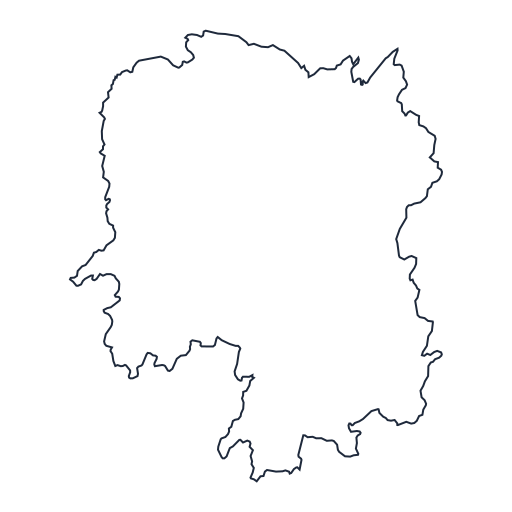 outline of Hunan
{"feature_id": "CHN-1808", "entity_name": "Hunan", "entity_type": "Province", "adm_level": 1, "iso_a3": "CHN", "parent_name": "China", "parent_adm1": "", "projection": "natural_earth1", "projection_center": [111.592, 27.371], "detail": "fine", "context": "isolated", "style": "outline", "palette": "slate", "viewbox_px": 512, "rotation_deg": 0, "n_neighbors": 0, "source": "natural_earth", "source_scale": "10m", "svg_char_len": 5989}
<svg xmlns="http://www.w3.org/2000/svg" viewBox="0 0 512 512"><path d="M102.2,166.0L104.7,155.8L100.7,153.4L99.8,152.1L103.0,149.2L103.0,146.3L104.5,144.5L102.1,139.2L101.8,131.1L103.7,120.9L104.9,118.9L104.2,117.4L99.6,112.8L101.6,111.8L102.2,110.5L103.1,106.2L103.1,102.6L108.6,97.5L108.0,92.2L111.6,88.8L111.4,85.3L112.9,84.0L113.6,80.2L114.7,79.8L115.4,76.8L116.6,77.6L117.4,74.7L120.2,74.6L122.0,72.1L125.6,70.6L127.2,70.3L130.3,72.3L132.3,71.8L133.3,67.3L136.6,62.7L139.0,60.7L160.8,56.6L167.9,59.5L173.1,65.3L178.3,67.7L179.3,67.5L182.2,65.0L182.8,61.8L184.1,61.4L186.5,62.6L187.8,62.4L192.3,59.6L193.9,57.7L193.2,55.0L190.8,52.2L187.8,50.2L185.9,46.6L186.2,42.3L188.2,40.1L187.6,38.9L185.3,37.7L187.9,35.0L191.8,34.3L197.0,35.0L201.2,36.8L203.1,35.5L203.7,31.6L205.7,30.7L217.9,33.6L225.2,34.0L238.4,36.2L246.4,42.2L248.6,45.1L253.9,43.8L261.4,46.7L268.0,47.2L272.9,45.1L279.8,49.5L284.4,50.7L298.1,63.0L301.3,68.1L304.1,65.8L305.4,69.8L308.4,72.3L308.7,77.1L314.2,74.2L320.2,68.3L323.3,68.2L327.3,69.4L334.7,69.2L336.0,68.0L336.8,65.6L340.6,64.4L343.0,60.6L349.7,56.0L351.5,58.3L352.0,61.7L353.2,64.2L358.3,57.6L358.9,59.7L357.9,63.1L353.1,67.0L351.6,69.0L351.3,71.8L353.2,81.8L354.4,82.1L358.1,78.7L359.8,78.6L360.6,79.5L361.0,84.5L362.1,84.9L362.7,84.5L362.7,81.5L363.3,80.6L365.6,83.1L367.4,82.5L370.2,77.5L385.7,58.3L387.8,57.0L392.7,51.9L397.5,48.8L397.6,50.4L394.3,58.7L393.7,64.2L394.7,65.1L399.7,64.6L401.6,65.6L403.8,71.7L403.3,77.6L405.9,81.2L407.1,84.6L405.5,88.1L402.0,89.8L399.0,94.3L397.6,97.2L397.1,100.5L397.5,101.3L401.2,103.1L401.8,104.4L402.2,111.2L404.5,113.5L405.4,115.5L406.1,115.4L407.8,112.6L410.2,111.1L416.2,114.9L419.1,116.0L418.7,122.3L419.3,125.1L423.4,126.4L426.0,128.2L428.4,132.0L434.7,135.8L435.6,138.9L434.3,145.0L433.6,153.2L429.8,157.4L434.3,161.4L438.0,162.1L437.7,167.7L441.1,169.7L442.0,171.9L441.6,174.5L439.2,179.2L436.9,181.3L432.4,182.8L431.0,186.8L427.8,189.3L426.9,196.2L425.4,198.1L420.5,202.3L414.2,203.6L411.1,205.2L408.7,205.3L407.0,207.0L406.2,209.2L406.4,217.7L399.8,228.9L396.2,239.1L397.4,243.1L399.0,255.6L399.7,257.2L404.3,259.5L409.1,256.7L411.6,256.0L416.3,258.1L416.1,264.0L414.5,267.8L409.9,274.5L409.7,278.6L410.4,280.3L412.6,279.6L413.7,282.8L416.0,285.5L417.3,288.5L419.4,289.9L417.6,297.6L415.2,300.9L417.6,315.1L419.7,317.1L424.6,318.1L428.0,320.9L432.7,321.5L432.9,322.3L431.9,331.0L428.3,336.3L426.9,345.8L422.9,351.9L421.9,355.2L424.3,355.8L427.1,353.7L430.3,355.0L434.2,352.0L437.2,350.9L441.1,352.4L441.8,354.3L441.3,355.7L439.1,357.7L435.1,359.2L433.0,361.8L430.8,362.5L428.4,366.1L428.1,376.1L424.9,381.3L423.2,386.0L420.5,390.7L421.6,397.3L424.6,400.2L426.1,403.8L425.8,405.3L423.3,409.6L422.4,414.8L419.1,416.0L416.8,420.8L414.3,423.0L411.2,423.6L406.3,421.8L397.8,425.1L397.3,425.0L397.3,423.4L394.6,420.0L391.0,420.7L387.6,420.1L385.8,418.0L383.2,416.7L379.4,412.9L378.6,409.3L378.0,409.1L371.4,411.1L363.0,419.0L359.3,421.3L354.8,423.0L352.7,425.2L351.6,425.2L350.5,423.6L349.3,423.5L348.5,425.3L349.0,428.3L351.0,431.8L356.9,431.0L359.7,431.5L360.6,432.8L360.1,434.1L357.7,435.5L356.4,437.6L356.9,443.1L355.9,448.6L358.3,453.8L358.0,454.8L353.6,455.3L350.2,456.6L345.0,456.3L339.1,451.8L337.9,449.8L337.1,444.7L333.8,441.0L331.9,440.4L326.8,440.8L321.4,438.2L316.2,438.3L312.7,436.8L307.6,437.2L305.0,435.4L303.3,435.3L298.3,455.0L298.6,456.7L301.1,458.7L301.5,459.9L299.6,469.6L297.3,467.3L296.2,467.5L293.9,469.1L291.2,473.0L289.7,473.6L289.1,471.7L285.4,470.4L282.5,471.3L276.0,471.6L267.0,470.0L264.9,471.6L263.5,476.0L260.5,476.3L256.7,481.3L253.9,479.3L250.9,478.4L250.5,477.6L252.7,472.5L253.8,467.9L251.5,464.2L252.1,461.4L250.6,456.0L252.9,450.2L249.6,446.8L250.5,443.5L249.7,441.6L247.3,440.6L243.0,442.5L240.4,439.8L239.3,439.9L232.9,446.4L229.8,448.1L226.6,456.4L224.4,458.3L222.7,458.3L221.6,457.1L218.0,449.7L218.3,446.6L220.7,439.3L221.5,438.4L225.4,437.0L228.0,434.1L229.1,431.5L228.9,428.5L231.3,426.8L232.9,421.0L234.9,419.8L238.3,419.1L240.6,416.3L241.1,413.3L243.2,408.8L243.6,402.5L242.0,398.4L243.1,395.5L243.2,391.9L246.4,390.8L249.4,385.5L250.2,381.0L253.9,377.8L252.2,376.9L252.4,375.1L249.2,376.8L243.0,376.7L242.0,377.8L241.5,380.5L240.3,380.7L237.9,379.3L235.1,375.0L234.6,371.4L237.1,364.0L238.9,351.9L240.3,348.6L239.8,347.6L238.2,345.9L235.7,345.9L229.7,344.0L221.7,340.2L217.7,337.0L216.5,338.5L214.9,345.0L213.0,346.5L201.6,346.4L200.5,345.4L200.8,343.1L199.9,341.8L192.3,340.3L190.5,341.7L190.8,344.3L189.9,346.8L190.1,349.1L189.5,350.7L185.9,355.1L180.8,355.7L176.8,358.8L172.4,368.8L169.6,371.0L167.9,370.6L165.1,366.0L163.9,365.3L162.1,365.0L154.9,366.2L154.3,364.5L154.5,363.1L156.6,358.9L156.9,356.8L155.6,355.7L153.0,355.4L150.4,353.3L147.7,352.9L146.6,354.3L142.4,364.5L141.5,365.5L138.4,366.6L137.1,368.1L138.0,373.8L137.5,376.1L132.8,378.3L130.4,378.4L129.1,377.6L128.8,376.1L130.2,372.2L130.1,370.4L126.1,365.4L124.9,364.9L122.8,366.0L120.8,366.2L117.5,365.1L115.3,366.0L113.4,361.1L112.2,353.7L110.5,351.1L110.7,349.6L112.0,347.4L106.3,345.8L104.7,343.9L104.1,341.4L105.8,334.1L110.7,327.1L111.8,324.9L112.3,321.5L112.1,319.9L110.1,315.9L108.1,314.0L104.6,312.7L103.7,311.1L103.7,309.9L107.3,308.1L110.8,307.3L119.7,300.4L120.0,298.3L118.8,296.9L115.6,296.7L114.8,295.1L118.0,291.5L118.9,289.6L119.3,284.0L118.8,281.7L115.8,278.4L114.5,275.8L110.7,274.1L106.6,274.1L103.0,275.7L100.0,274.0L96.6,278.9L94.6,280.2L93.2,280.0L92.2,278.9L92.9,275.5L91.1,275.5L85.0,278.9L82.9,280.9L81.1,284.4L77.9,285.8L76.4,285.7L73.1,281.7L70.0,279.4L70.7,277.9L74.4,277.6L77.0,275.8L77.7,271.0L82.1,266.3L85.6,265.0L92.7,256.0L93.9,252.7L96.3,252.0L98.8,249.9L101.4,250.7L103.6,250.4L106.5,245.3L113.3,240.4L114.9,237.8L115.3,232.2L113.1,227.7L113.1,225.6L109.3,223.8L107.7,221.2L107.4,217.7L106.1,213.3L106.5,211.2L108.1,209.4L106.3,207.6L106.3,205.5L107.1,204.0L109.4,202.0L110.0,200.2L109.8,199.3L108.7,198.8L106.0,200.2L105.2,199.3L105.2,197.2L109.2,186.8L109.5,183.6L108.2,181.0L103.1,177.4L103.8,171.8L102.2,166.0Z" fill="none" stroke="#1e293b" stroke-width="2"/></svg>